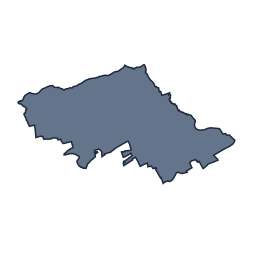 Pancesti, Bacau, Romania, rotated 257°
{"feature_id": "2599482B36225776128358", "entity_name": "Pancesti", "entity_type": "district", "adm_level": 2, "iso_a3": "ROU", "parent_name": "Romania", "parent_adm1": "Bacau", "projection": "orthographic", "projection_center": [27.113, 46.364], "detail": "fine", "context": "isolated", "style": "filled", "palette": "slate", "viewbox_px": 256, "rotation_deg": 257, "n_neighbors": 0, "source": "geoboundaries", "source_scale": "gbopen_adm2", "svg_char_len": 5826}
<svg xmlns="http://www.w3.org/2000/svg" viewBox="0 0 256 256"><g transform="rotate(257 128 128)"><path d="M92.2,229.3L94.0,227.9L98.5,225.1L98.4,224.1L98.8,222.7L100.6,222.0L100.9,219.1L106.8,217.0L109.5,208.9L109.7,207.7L109.6,207.1L109.8,206.0L109.1,201.9L109.6,198.1L110.3,196.3L111.4,194.7L112.2,193.9L115.4,193.3L118.2,194.3L119.2,195.2L120.5,195.2L121.3,194.8L122.6,193.8L125.9,192.5L126.6,191.6L126.9,190.9L127.7,190.0L127.4,189.4L127.9,189.0L127.7,188.6L127.7,188.3L127.9,188.3L128.3,187.9L128.6,188.1L128.9,188.0L129.0,187.6L128.9,187.4L129.1,187.3L129.1,187.0L129.3,187.1L129.0,186.8L129.4,186.3L129.9,186.2L130.0,185.8L130.6,185.3L130.7,185.1L131.0,185.0L131.1,184.2L131.3,183.7L131.7,183.7L132.1,182.9L133.1,182.3L133.5,181.8L133.9,181.8L133.8,181.4L133.4,181.1L133.7,180.8L134.4,180.9L135.3,180.8L135.7,180.4L136.2,180.6L136.7,180.3L136.9,180.3L137.2,180.4L137.8,180.3L138.3,180.6L139.1,180.0L139.4,179.3L140.0,179.5L140.7,179.3L140.9,178.8L140.9,178.6L141.0,178.7L141.4,177.9L141.1,177.9L141.2,177.6L141.6,177.5L141.7,177.2L142.1,176.9L142.1,176.4L142.6,176.1L142.5,175.8L142.8,175.6L143.5,176.0L143.9,175.5L144.5,175.6L144.8,175.1L145.2,175.1L144.9,174.9L144.9,174.7L146.1,174.6L146.6,175.1L147.2,174.9L147.7,176.1L148.1,175.9L148.6,176.1L148.9,176.1L149.5,176.6L151.0,176.9L151.3,176.7L151.4,176.1L151.2,175.4L152.9,176.4L152.7,174.9L152.2,168.3L156.3,168.1L156.1,166.8L158.7,166.7L160.1,166.9L160.6,166.0L161.4,165.3L161.1,165.1L161.3,164.7L161.8,164.7L162.7,163.4L164.1,163.5L165.5,163.2L167.7,162.1L170.4,160.3L173.8,159.2L176.1,158.8L176.7,158.5L176.8,158.2L177.2,158.2L177.6,157.8L177.6,157.7L178.3,157.4L178.7,157.6L179.5,158.4L179.6,158.2L179.9,158.4L181.1,158.4L181.5,158.5L181.7,158.8L182.3,158.8L185.2,158.4L186.0,158.1L186.0,156.9L184.8,154.5L184.9,154.0L184.7,153.1L184.7,152.0L185.3,150.1L184.7,149.2L184.6,148.8L184.3,148.7L184.3,148.1L185.0,147.7L184.5,146.8L184.3,146.0L185.0,145.6L185.9,145.4L185.9,144.6L186.1,144.5L186.7,143.1L186.7,142.8L187.4,142.1L187.3,141.9L188.3,140.7L189.9,139.0L188.4,137.7L187.6,136.7L187.0,134.9L186.7,133.8L185.9,132.4L185.4,130.5L185.5,129.8L185.7,129.5L185.6,127.2L185.3,126.4L185.0,125.3L184.3,123.6L184.0,121.9L183.6,120.9L183.7,119.8L184.5,118.0L184.5,117.3L184.6,116.1L184.7,115.2L184.3,112.8L184.8,111.7L184.6,111.4L184.1,109.8L184.3,108.9L184.1,107.7L184.1,106.2L184.1,105.7L184.4,104.6L184.6,101.0L184.2,99.4L184.1,97.9L183.7,96.6L182.3,93.3L181.7,91.5L181.7,90.2L180.6,87.0L180.5,85.7L180.7,84.4L180.3,83.4L179.8,83.0L179.6,82.4L179.7,82.0L180.2,80.9L180.2,80.2L179.8,78.2L180.1,76.2L179.8,75.2L179.3,74.3L179.4,74.0L179.7,73.6L180.8,73.0L181.7,71.0L183.1,69.8L183.7,67.0L184.0,66.0L184.4,65.4L184.9,64.9L186.3,64.2L186.3,63.8L186.6,61.6L186.6,60.4L186.3,59.3L186.2,57.9L185.7,56.4L185.4,53.6L184.0,51.1L182.4,49.1L182.0,47.0L181.9,45.5L182.2,44.4L182.4,44.1L183.0,42.8L183.2,41.8L184.3,40.9L184.6,39.9L183.9,38.0L183.6,36.7L183.3,36.4L182.9,35.0L181.9,33.9L180.0,32.5L179.9,32.3L179.0,31.9L178.5,30.6L178.4,29.9L178.7,29.5L178.6,28.9L178.1,28.7L178.1,28.3L178.4,27.8L178.4,27.4L178.3,27.2L177.8,27.2L177.7,26.7L176.8,26.7L175.9,27.8L175.5,28.8L175.1,29.5L173.7,30.2L172.5,31.1L171.7,32.5L171.3,32.5L171.0,32.9L170.3,33.1L169.4,33.8L168.9,32.7L168.3,32.5L166.8,31.7L165.7,31.4L165.8,30.4L165.0,29.8L163.8,29.8L160.3,30.8L158.5,30.8L158.4,31.0L157.5,31.1L156.7,31.4L155.1,31.6L151.8,32.4L151.8,37.6L147.1,37.2L139.4,36.1L139.7,40.6L139.0,42.9L138.8,43.2L137.9,43.1L136.2,43.4L135.8,43.7L135.8,45.4L135.1,47.6L134.8,50.3L134.8,51.2L135.2,53.0L134.7,54.8L133.7,56.9L132.5,57.0L132.1,57.3L132.1,59.8L130.2,60.2L128.3,60.8L127.5,61.3L127.4,62.5L127.5,66.9L127.4,69.9L125.6,69.8L125.2,69.9L124.1,69.8L124.1,70.1L121.9,70.3L121.1,69.2L120.9,67.8L120.4,66.9L120.1,65.5L119.2,63.6L118.2,62.2L117.2,60.0L116.1,59.7L116.0,60.4L116.0,66.1L115.3,68.9L113.7,71.4L112.6,72.4L111.3,74.0L110.8,74.1L110.1,73.8L108.7,72.5L107.7,71.2L107.1,70.8L106.5,70.6L104.3,70.9L101.5,72.1L101.2,72.8L100.7,73.0L100.8,73.4L100.3,73.6L100.2,74.1L99.9,74.1L98.7,75.7L98.7,75.9L98.8,76.1L98.6,76.3L98.7,76.6L98.4,77.0L98.5,77.2L98.2,78.1L102.1,80.6L102.4,80.9L102.6,81.8L103.1,82.2L103.3,82.6L103.6,82.9L103.7,83.2L104.1,83.6L105.0,85.0L105.3,86.1L106.9,88.6L107.2,89.6L110.9,90.2L110.8,90.4L110.2,90.3L110.2,90.6L110.5,90.6L110.4,91.2L111.1,91.3L110.9,92.9L111.8,92.8L111.9,91.7L112.1,90.5L112.0,90.0L113.6,90.6L113.8,91.1L113.8,92.6L114.1,94.0L114.0,94.4L114.1,94.7L111.1,97.1L105.9,96.2L107.1,99.4L107.5,99.6L107.7,100.1L108.0,99.8L108.0,100.9L108.5,103.7L108.1,104.7L108.9,106.7L109.4,107.6L111.0,111.3L111.6,112.4L111.8,113.3L112.1,114.1L112.5,115.8L113.1,117.3L113.2,118.1L113.8,119.6L114.5,122.3L115.1,125.1L114.5,125.4L111.7,125.9L106.0,126.2L105.7,124.9L106.4,119.8L106.3,119.5L105.5,119.0L105.5,118.8L106.0,118.2L106.2,116.3L105.8,116.3L100.6,116.8L100.6,118.2L101.8,122.6L102.9,125.2L102.7,125.3L101.6,125.3L101.1,125.7L100.2,125.9L96.3,117.1L96.6,116.7L96.5,116.2L96.4,116.2L96.1,116.7L95.8,116.6L95.3,117.0L95.3,116.8L95.6,116.6L95.5,116.0L95.3,115.9L95.1,116.0L94.6,115.3L93.9,115.5L92.3,115.5L95.9,125.5L97.0,125.4L97.9,128.8L97.2,128.9L93.0,130.1L87.9,131.2L89.0,135.6L89.4,138.9L85.7,138.7L85.8,139.2L85.5,142.3L82.9,143.2L83.1,146.3L82.1,146.5L81.8,145.5L72.1,148.4L72.3,149.0L71.3,148.8L70.7,149.3L69.5,149.6L68.6,149.5L67.9,149.7L66.1,149.7L66.8,151.2L67.5,154.3L66.6,156.4L66.8,158.0L67.4,159.3L69.2,161.5L73.0,164.7L73.8,166.4L71.5,170.2L71.5,175.6L72.9,175.2L74.9,181.4L80.2,180.2L81.6,182.4L81.8,183.2L81.7,184.8L81.9,185.7L82.2,186.6L80.0,187.4L80.2,188.1L78.8,188.5L79.3,189.9L71.6,192.0L71.8,192.8L72.5,194.0L73.0,195.2L74.0,196.9L74.8,197.9L75.2,200.2L75.7,204.5L76.1,206.3L76.3,207.8L76.5,208.5L77.8,208.0L82.2,205.3L86.2,218.1L87.4,223.0L88.3,225.5L88.9,226.7L90.2,228.1L91.3,228.9L92.2,229.3Z" fill="#64748b" stroke="#1e293b" stroke-width="1.5"/></g></svg>